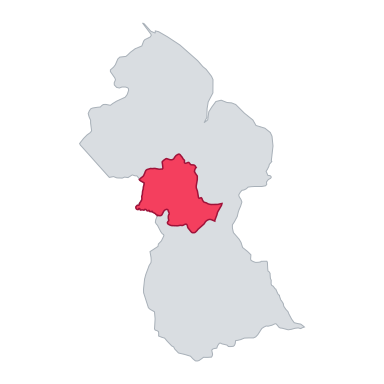 location of Potaro-Siparuni within Guyana
{"feature_id": "GUY-672", "entity_name": "Potaro-Siparuni", "entity_type": "Region", "adm_level": 1, "iso_a3": "GUY", "parent_name": "Guyana", "parent_adm1": "", "projection": "mercator", "projection_center": [-59.388, 4.854], "detail": "fine", "context": "in_parent", "style": "filled", "palette": "rose", "viewbox_px": 384, "rotation_deg": 0, "n_neighbors": 0, "source": "natural_earth", "source_scale": "10m", "svg_char_len": 6878}
<svg xmlns="http://www.w3.org/2000/svg" viewBox="0 0 384 384"><path d="M109.3,177.4L99.6,166.6L89.9,155.7L80.3,145.0L79.6,143.5L83.6,138.4L87.2,134.8L90.2,132.7L91.6,130.9L90.6,123.0L90.6,120.2L89.2,117.1L88.2,113.6L89.4,110.7L90.9,108.7L92.7,108.0L97.2,107.3L100.4,107.0L101.5,105.8L103.3,104.5L105.7,104.4L110.4,105.3L112.6,103.6L116.5,101.2L125.2,97.2L127.2,94.5L128.6,90.4L128.4,88.5L127.5,87.7L125.4,87.0L122.0,87.0L119.4,88.0L116.6,87.4L114.3,84.9L114.2,82.8L115.5,79.8L114.8,77.9L110.4,71.6L110.4,69.9L113.6,67.1L115.4,64.7L117.8,59.0L119.8,57.1L125.9,56.4L127.4,55.2L130.5,52.2L135.2,48.7L141.8,46.0L143.7,41.0L144.9,39.6L150.2,37.0L151.2,35.5L151.0,34.3L142.5,23.0L144.2,23.8L150.8,31.2L154.5,32.8L155.2,32.8L155.3,30.9L158.6,31.7L167.3,36.7L179.9,45.0L197.7,60.7L202.8,66.6L206.2,69.4L211.5,76.3L213.0,79.6L212.9,92.9L208.2,101.9L207.1,108.6L206.8,117.6L204.1,122.7L207.7,119.9L208.8,111.8L211.9,106.9L215.9,101.5L221.2,100.2L227.0,102.5L231.6,102.9L235.7,104.5L244.4,113.2L252.9,120.0L256.0,125.5L264.9,128.2L270.3,132.5L272.0,136.2L273.0,146.0L271.3,160.8L271.8,161.5L269.3,164.4L268.9,166.3L267.3,169.5L266.1,171.3L267.9,175.4L269.9,175.6L270.7,176.1L271.2,176.9L271.1,177.7L270.3,178.5L268.4,179.5L266.5,181.9L266.7,184.5L265.5,185.8L261.8,186.5L254.5,186.5L251.0,186.7L248.1,187.1L246.3,188.8L243.9,190.0L242.0,190.3L240.3,192.2L238.7,195.0L239.3,196.9L240.9,199.4L241.9,202.0L240.6,206.2L239.2,209.4L238.3,211.9L237.2,216.6L234.4,221.8L232.4,224.8L232.4,228.0L233.4,232.6L239.1,239.2L241.0,242.4L242.6,247.5L247.7,251.6L250.9,254.8L250.6,259.1L251.1,260.4L253.1,261.5L255.5,262.4L258.2,262.3L260.6,261.9L261.2,261.3L266.8,261.2L267.4,262.3L267.7,268.5L268.0,271.0L269.3,272.0L270.1,273.5L270.1,274.9L270.4,278.4L271.2,280.2L271.1,283.9L271.6,285.3L273.2,286.2L275.1,288.8L275.9,289.2L276.2,290.1L277.9,293.9L278.8,295.0L279.4,295.2L279.6,296.5L280.8,300.0L281.6,300.9L283.2,303.4L283.8,306.3L285.9,309.4L288.0,311.7L288.9,314.0L291.6,319.1L294.2,322.7L297.8,323.6L300.7,324.1L302.6,325.5L304.4,327.0L302.4,327.7L300.7,328.6L298.2,327.9L294.9,328.3L291.4,329.3L288.2,329.8L282.1,328.2L280.2,328.0L279.0,327.3L276.4,324.1L275.2,323.7L272.0,325.2L268.1,326.2L266.1,326.0L263.9,327.1L261.8,328.5L257.8,334.7L255.7,336.9L253.5,337.9L249.0,337.9L244.3,338.1L240.7,339.6L237.4,340.4L235.7,340.5L235.1,343.9L234.4,345.4L233.3,346.3L230.7,346.6L228.4,346.5L227.0,345.1L224.3,344.4L222.0,343.9L220.5,343.1L219.3,343.3L218.3,344.7L217.5,345.9L216.8,348.1L213.2,348.8L211.7,350.1L212.6,354.2L212.2,355.9L211.5,357.1L207.2,357.4L203.5,357.3L201.5,358.8L198.9,360.6L197.3,361.0L195.4,360.9L192.9,358.8L190.5,356.2L184.5,354.4L178.5,353.0L174.6,348.9L173.7,346.9L171.8,346.0L167.2,341.2L164.6,338.1L161.8,337.3L158.6,336.0L158.7,333.8L158.5,331.6L157.1,330.7L155.2,330.1L154.5,328.9L154.7,326.1L155.1,318.8L154.5,311.8L150.2,309.4L148.4,307.7L145.1,297.4L143.6,292.7L143.5,289.3L144.6,279.0L145.8,274.5L149.1,265.6L151.0,262.5L151.2,260.3L151.0,257.3L150.0,251.6L155.6,248.0L158.0,246.4L158.4,244.0L161.4,240.9L162.8,238.0L163.9,235.7L163.6,234.5L162.3,233.8L160.7,231.6L157.5,225.3L156.3,224.0L155.3,222.3L155.8,219.5L157.1,216.4L156.9,215.2L155.0,213.5L150.9,210.8L147.6,210.6L145.0,209.6L141.3,209.5L138.2,209.2L136.5,208.2L136.9,206.5L137.6,205.2L140.2,202.0L141.9,198.7L142.1,195.3L142.6,191.0L143.3,187.2L143.7,182.9L139.7,180.1L138.5,177.8L136.8,175.8L135.0,175.8L132.3,174.9L128.0,177.6L124.6,177.1L122.3,178.1L116.9,177.9L113.5,176.6L109.3,177.4Z" fill="#d9dde1" stroke="#a8b0b8" stroke-width="1"/><path d="M138.2,209.6L137.8,209.6L137.2,209.5L136.5,209.1L136.0,208.4L135.8,207.6L135.9,206.7L137.1,205.4L137.5,205.3L138.5,205.3L138.9,205.2L139.3,204.8L139.5,204.3L139.5,203.9L139.6,203.3L139.9,202.8L141.2,200.9L141.6,200.1L141.8,199.3L141.9,198.5L141.7,196.5L142.4,194.4L142.5,191.7L142.8,190.3L143.2,189.5L143.3,188.6L143.4,186.9L144.2,184.1L144.1,182.8L142.8,182.1L140.8,181.0L139.8,180.3L139.3,179.6L139.6,179.3L140.5,178.3L142.7,176.6L143.3,176.0L143.7,175.6L143.9,174.9L144.7,173.2L145.2,171.8L145.7,170.7L146.1,170.2L146.6,169.8L147.1,169.5L150.1,168.6L150.4,168.5L150.7,168.5L152.7,168.6L154.1,168.4L154.9,168.4L159.0,169.2L159.7,169.2L162.4,169.0L162.9,168.1L162.5,164.3L162.2,162.6L162.2,162.1L162.3,161.6L162.6,161.3L163.9,160.1L165.8,158.8L166.1,158.7L166.3,158.6L166.6,158.6L170.0,159.7L170.7,159.8L171.3,159.8L171.7,159.8L172.1,159.7L172.6,159.5L173.4,159.1L173.8,158.8L174.0,158.4L174.6,157.3L175.5,156.2L176.0,155.6L176.5,155.2L178.1,154.3L178.5,154.2L178.9,154.1L179.3,154.2L179.6,154.3L180.0,154.6L180.3,154.9L181.3,156.2L182.1,157.1L182.3,157.4L183.0,158.7L183.2,159.0L183.5,159.3L184.1,159.9L184.4,160.2L184.5,160.5L184.4,162.2L184.4,162.6L184.6,162.9L184.9,163.1L185.6,163.3L186.0,163.2L186.4,163.1L188.1,162.4L188.5,162.4L188.9,162.5L189.1,162.7L190.3,164.2L190.6,164.5L191.0,164.7L191.3,164.8L193.4,164.9L193.8,165.0L194.2,165.1L194.5,165.3L194.8,165.5L195.1,165.8L196.2,167.6L195.6,167.9L195.2,168.9L194.8,169.6L194.7,170.1L194.6,170.6L194.6,171.0L194.6,171.4L194.4,171.7L196.5,175.0L197.0,175.5L197.3,176.2L197.3,179.5L196.2,186.1L196.3,188.0L197.4,191.0L198.5,197.5L199.1,198.3L201.2,197.7L201.9,198.4L202.6,200.3L203.7,201.9L204.3,202.2L204.5,202.3L206.5,202.9L207.0,203.2L207.3,203.4L208.0,203.8L208.9,204.1L211.0,204.5L217.9,204.4L221.3,203.6L222.0,203.5L221.5,205.3L217.6,212.1L216.8,215.1L214.9,220.1L214.8,221.1L212.6,220.2L211.2,219.6L210.5,219.5L210.1,219.4L209.8,219.4L209.1,219.5L208.7,219.6L207.5,220.1L206.6,220.7L205.9,221.3L205.2,222.1L204.3,223.6L204.0,224.0L197.9,229.4L197.1,230.5L195.8,231.8L195.1,232.4L194.8,232.5L194.6,232.6L194.1,232.7L192.5,232.7L191.9,232.5L191.6,232.2L191.2,231.9L188.0,227.9L187.8,227.4L187.6,226.9L187.4,225.7L186.9,224.7L186.6,224.3L186.2,224.2L185.7,224.1L185.4,224.2L185.0,224.3L183.0,225.3L182.7,225.4L182.3,225.5L182.0,225.5L181.0,225.4L180.4,225.3L177.7,225.8L171.5,225.6L170.8,225.4L170.2,225.2L168.6,224.4L168.3,224.2L167.9,223.9L167.6,223.5L167.5,223.0L167.4,222.6L167.7,222.0L167.9,221.6L168.5,220.9L168.7,220.6L168.7,220.1L168.3,218.2L168.3,216.2L168.5,215.3L168.7,214.7L169.0,214.4L169.2,214.1L169.2,213.5L169.0,212.7L168.3,211.2L168.1,210.4L167.8,209.7L166.8,209.3L165.8,209.6L165.4,209.7L165.1,209.9L164.7,210.2L164.3,210.5L163.9,211.1L163.6,211.5L162.1,214.5L161.9,214.8L161.6,215.1L161.2,215.4L160.8,215.6L159.9,215.7L158.2,215.5L157.6,215.6L157.7,215.2L157.0,215.0L156.4,214.8L156.0,214.4L155.7,214.0L155.3,213.6L152.6,212.1L152.0,211.3L151.7,211.7L151.3,211.8L150.3,211.5L150.1,211.5L149.6,211.5L149.4,211.4L149.2,211.2L149.3,210.6L149.1,210.4L148.5,210.4L147.7,210.8L147.2,210.9L147.0,210.7L146.3,209.8L145.9,209.5L145.5,209.4L144.9,209.4L144.5,209.5L144.3,209.9L144.0,210.2L143.5,210.1L142.4,209.8L141.5,209.9L140.8,210.1L140.3,210.0L140.0,209.1L139.8,208.8L139.3,208.5L138.8,208.5L138.6,208.9L138.5,209.4L138.2,209.6Z" fill="#f43f5e" stroke="#9f1239" stroke-width="1.5"/></svg>